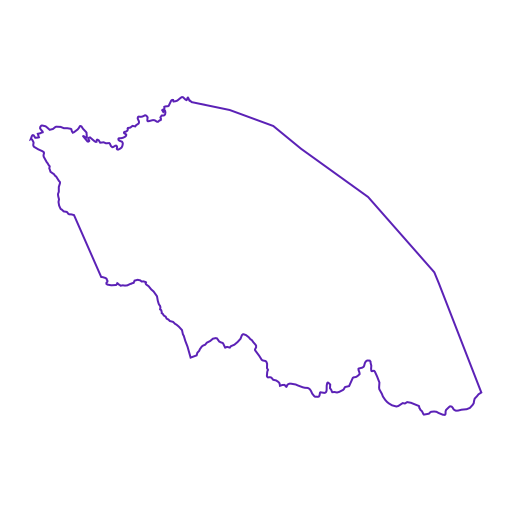 outline of El Paraiso, El Paraíso, Honduras
{"feature_id": "27666195B18582423233621", "entity_name": "El Paraiso", "entity_type": "district", "adm_level": 2, "iso_a3": "HND", "parent_name": "Honduras", "parent_adm1": "El Paraíso", "projection": "natural_earth1", "projection_center": [-86.568, 13.849], "detail": "fine", "context": "isolated", "style": "outline", "palette": "violet", "viewbox_px": 512, "rotation_deg": 0, "n_neighbors": 0, "source": "geoboundaries", "source_scale": "gbopen_adm2", "svg_char_len": 6007}
<svg xmlns="http://www.w3.org/2000/svg" viewBox="0 0 512 512"><path d="M190.6,357.6L196.6,355.4L197.4,352.7L199.2,350.8L199.8,349.3L201.8,346.5L203.2,345.5L205.2,344.7L206.8,342.7L210.2,341.0L212.9,338.7L215.7,338.1L217.0,338.4L219.2,341.5L220.7,342.3L222.5,342.9L223.1,343.4L225.1,347.6L225.6,347.6L226.3,347.1L227.1,346.9L229.8,347.6L230.9,346.2L234.4,344.7L237.6,342.0L240.5,338.8L241.9,335.2L242.9,334.3L243.5,334.2L246.0,335.1L248.7,337.2L250.3,339.1L251.9,340.2L253.3,342.2L255.5,344.7L256.1,345.7L256.1,347.3L255.0,349.4L255.1,350.3L259.2,355.8L261.7,359.8L262.6,360.4L265.4,361.0L266.1,361.5L266.6,362.3L267.1,363.8L267.0,368.1L268.0,369.9L267.5,370.9L267.2,372.2L266.9,375.9L267.1,376.6L267.7,377.3L268.1,377.4L269.8,377.2L270.9,377.4L271.7,378.0L273.2,379.8L276.0,380.4L277.9,381.6L278.8,382.4L279.5,383.3L280.0,385.8L282.3,385.0L284.4,384.9L284.9,385.2L285.8,386.5L286.4,386.8L286.7,386.5L287.1,385.2L288.2,384.2L289.4,383.7L291.1,383.7L295.7,384.5L297.7,385.4L302.8,387.3L305.0,387.8L307.3,387.9L308.3,388.2L309.3,388.8L310.1,389.6L311.1,391.2L312.2,393.6L314.1,396.0L315.0,396.7L318.0,396.8L318.9,396.5L319.5,395.5L320.0,392.8L320.4,392.3L324.4,392.9L325.2,392.7L325.9,392.2L326.3,391.5L326.6,390.3L326.7,385.7L327.0,384.0L327.3,383.0L327.7,382.6L328.3,382.7L330.2,384.5L330.0,388.2L331.2,389.8L332.0,391.8L332.3,392.2L334.4,392.0L337.0,392.5L339.2,391.9L343.1,389.9L343.9,389.1L344.7,387.5L345.2,387.0L349.1,386.1L352.8,377.9L353.5,377.4L354.9,377.2L356.4,376.8L358.3,375.4L359.6,374.1L359.6,373.7L359.4,372.4L358.5,370.0L358.5,368.7L358.8,368.5L362.1,367.7L363.5,366.9L364.1,365.9L364.8,363.3L365.3,362.2L366.4,360.9L367.3,360.5L369.7,360.6L370.5,361.6L370.6,363.0L371.3,365.7L371.1,368.7L371.3,370.7L371.6,371.1L372.0,371.2L373.4,370.8L374.2,370.9L374.9,371.7L377.1,376.5L379.4,382.5L379.1,387.5L379.3,389.2L381.9,393.9L382.9,396.5L385.2,399.9L386.9,401.8L388.7,403.3L392.0,405.3L396.4,406.5L398.3,406.0L402.7,403.1L404.9,403.5L407.2,402.1L411.0,402.8L418.9,406.0L419.2,406.9L419.3,407.9L419.8,408.4L420.3,409.7L422.0,411.3L423.4,414.1L423.9,414.6L428.4,413.8L429.2,413.5L430.0,412.5L431.1,411.8L434.1,411.5L436.5,411.8L438.6,413.0L442.8,414.7L444.7,414.9L445.1,414.7L445.5,414.0L445.6,411.3L446.1,409.9L449.2,406.9L450.1,406.3L451.6,406.6L452.7,407.7L453.1,408.6L453.9,409.6L455.0,410.3L456.0,410.7L458.0,410.6L461.6,409.7L466.7,409.2L469.9,407.9L472.8,404.7L473.7,403.2L474.1,400.7L474.7,398.6L477.0,396.2L478.5,394.3L481.3,392.5L438.8,283.2L434.3,272.3L368.1,197.0L301.1,148.8L273.3,126.0L229.7,110.0L191.6,102.1L190.2,100.7L189.8,100.9L189.4,100.6L188.4,98.2L187.9,97.6L187.6,97.8L186.8,99.9L186.5,100.1L185.5,99.6L183.1,97.3L182.5,97.1L181.6,97.2L180.6,97.9L177.3,100.6L175.6,101.2L173.5,101.5L173.2,101.0L173.1,100.0L172.5,99.9L171.8,100.1L171.2,100.6L168.7,105.8L168.0,106.2L165.4,106.4L164.3,106.8L164.4,109.3L163.2,109.5L162.2,110.2L163.3,112.0L164.6,110.6L165.1,110.9L165.4,112.4L165.1,114.3L164.6,115.0L164.0,115.4L162.8,115.6L162.0,115.4L161.6,115.6L160.4,117.4L161.0,118.9L160.8,120.0L160.6,120.2L159.7,120.3L158.0,121.8L156.9,121.7L154.9,120.4L153.7,120.1L152.4,120.2L148.7,121.2L147.8,121.2L147.5,120.9L147.3,120.2L147.6,117.3L146.6,116.0L145.6,115.3L144.9,115.3L143.7,116.0L141.9,116.7L140.5,116.8L138.7,116.6L138.2,116.8L137.8,117.6L137.7,118.5L138.1,119.6L138.8,121.0L139.0,122.0L138.9,122.8L138.5,123.6L136.0,125.3L135.3,126.4L132.5,125.9L130.3,127.6L127.9,128.0L127.6,128.5L127.8,129.2L127.7,129.9L127.3,130.7L126.0,131.6L124.4,131.9L124.0,132.5L124.0,132.9L124.3,133.3L126.2,134.5L126.2,135.3L125.8,136.1L124.8,136.9L123.2,137.7L121.2,138.2L118.9,138.3L118.5,138.6L118.4,139.4L118.7,140.2L119.6,140.8L122.0,141.7L122.6,142.7L122.8,143.8L122.4,145.8L121.6,147.5L120.2,148.6L118.2,149.6L117.4,149.5L116.9,149.0L116.8,148.2L117.1,147.5L117.1,147.0L116.8,146.2L116.3,145.7L115.4,145.7L113.2,147.0L112.3,147.2L110.9,146.0L109.9,143.7L109.3,143.1L106.0,143.3L103.6,142.3L100.2,142.7L98.7,140.3L97.5,139.7L97.1,139.7L96.8,140.0L96.5,141.8L95.7,141.9L94.6,141.3L90.0,137.4L88.8,137.8L88.4,138.4L88.4,139.2L89.2,140.4L89.2,141.0L88.4,141.6L87.5,141.5L83.2,136.3L83.3,136.1L83.8,136.2L85.7,137.6L86.3,137.7L86.7,137.5L86.8,136.5L86.5,132.6L85.9,131.8L83.0,128.8L81.5,126.5L80.8,126.1L80.2,126.0L79.8,126.3L78.9,127.9L77.7,129.4L74.0,132.2L72.8,132.7L71.9,131.3L71.3,129.2L70.7,128.8L67.3,128.2L63.9,128.2L60.6,126.9L56.2,126.7L55.4,127.0L52.9,129.0L49.7,129.8L47.0,127.4L45.6,126.3L42.3,125.5L41.6,125.5L41.0,125.9L40.2,127.1L40.1,128.4L40.9,129.6L42.6,131.5L42.7,132.3L41.6,132.6L40.1,133.3L37.8,133.8L38.9,137.3L37.8,137.6L35.3,137.8L33.6,135.3L32.8,135.1L32.3,135.4L31.8,136.2L30.7,139.2L31.3,138.9L32.1,139.6L33.3,141.8L33.6,142.9L33.3,144.1L33.3,145.5L33.6,146.2L34.0,146.8L38.2,149.3L42.4,151.2L43.8,152.2L44.0,153.1L43.5,155.3L43.7,156.7L46.8,162.3L47.6,163.2L48.6,165.0L49.7,166.3L49.3,168.4L49.8,169.6L50.5,171.8L54.1,174.3L54.9,175.6L56.2,176.6L58.9,180.9L59.8,181.8L60.0,182.5L59.9,183.5L58.8,187.0L58.8,191.8L58.1,193.7L58.0,194.6L58.3,196.6L59.0,199.3L58.5,202.0L59.1,205.5L59.9,207.4L60.7,209.0L61.8,209.6L63.7,211.4L66.7,211.9L67.3,212.4L68.2,213.7L69.2,214.3L71.4,214.4L74.0,215.1L101.2,277.0L102.5,277.1L105.2,277.9L106.3,278.5L106.7,279.0L106.8,279.8L107.3,280.4L107.5,281.1L107.4,281.7L106.5,282.6L106.4,283.8L107.4,284.6L111.3,285.3L116.0,285.0L116.8,284.3L117.3,283.2L117.7,283.4L118.6,284.4L119.5,284.8L120.6,285.7L122.8,285.3L124.9,285.6L127.2,285.4L130.6,283.8L131.5,283.7L132.1,283.2L133.6,282.9L134.6,280.6L137.7,279.8L140.3,280.4L141.6,281.5L143.5,281.4L145.8,282.1L146.0,282.4L145.6,283.2L145.9,284.1L146.6,284.8L148.6,286.2L151.2,289.4L153.6,291.5L157.0,296.3L157.8,300.8L158.6,303.5L159.0,304.5L160.0,305.8L160.3,306.8L160.4,307.5L160.1,309.4L161.1,310.0L161.3,310.4L161.8,312.5L161.7,313.1L162.8,313.9L163.8,315.5L165.7,316.7L166.6,318.6L167.8,319.3L168.3,319.4L169.8,321.0L173.1,321.9L175.1,323.9L176.4,324.6L178.8,326.6L182.0,330.1L182.9,334.3L183.8,335.9L185.3,340.9L187.5,346.6L190.6,357.6Z" fill="none" stroke="#5b21b6" stroke-width="2"/></svg>